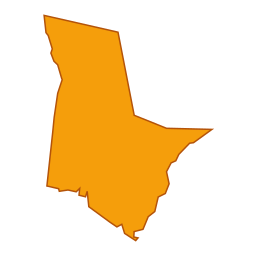 Tattnall, Georgia, United States of America (Mercator projection)
{"feature_id": "52423323B29295723597206", "entity_name": "Tattnall", "entity_type": "district", "adm_level": 2, "iso_a3": "USA", "parent_name": "United States of America", "parent_adm1": "Georgia", "projection": "mercator", "projection_center": [-82.044, 32.051], "detail": "fine", "context": "isolated", "style": "filled", "palette": "amber", "viewbox_px": 256, "rotation_deg": 0, "n_neighbors": 0, "source": "geoboundaries", "source_scale": "gbopen_adm2", "svg_char_len": 663}
<svg xmlns="http://www.w3.org/2000/svg" viewBox="0 0 256 256"><path d="M211.9,129.4L166.5,128.3L134.2,115.3L118.0,32.2L44.1,15.4L46.0,32.7L48.2,35.5L52.3,48.9L50.9,53.1L54.0,61.3L57.7,64.8L61.6,78.2L62.2,79.7L57.7,93.3L54.2,117.2L52.7,132.4L46.9,186.0L58.6,188.7L59.3,191.3L68.0,190.0L76.2,191.8L79.7,188.4L79.0,195.2L85.5,196.8L87.2,191.3L88.8,206.7L109.7,222.0L116.9,226.9L121.8,224.3L124.6,233.4L135.7,240.6L138.0,237.9L133.8,237.0L134.1,231.6L143.0,229.3L148.2,216.7L154.8,211.5L158.2,197.0L165.3,193.5L169.1,183.8L166.5,171.7L171.1,162.9L175.8,160.8L178.8,154.4L189.6,143.2L193.5,142.7L211.9,129.4Z" fill="#f59e0b" stroke="#b45309" stroke-width="1.5"/></svg>